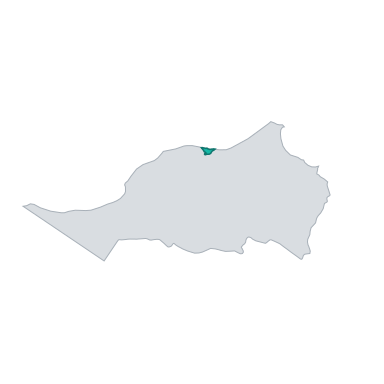 Grand Casablanca on a map of Morocco (Mercator projection), rotated 34°
{"feature_id": "MAR-1450", "entity_name": "Grand Casablanca", "entity_type": "Region", "adm_level": 1, "iso_a3": "MAR", "parent_name": "Morocco", "parent_adm1": "", "projection": "mercator", "projection_center": [-7.577, 33.547], "detail": "fine", "context": "in_parent", "style": "filled", "palette": "teal", "viewbox_px": 384, "rotation_deg": 34, "n_neighbors": 0, "source": "natural_earth", "source_scale": "10m", "svg_char_len": 3187}
<svg xmlns="http://www.w3.org/2000/svg" viewBox="0 0 384 384"><g transform="rotate(34 192 192)"><path d="M62.6,295.8L64.6,292.2L68.0,290.6L75.1,289.9L85.6,286.9L95.1,282.4L97.8,280.6L100.6,277.0L105.4,272.4L114.3,266.8L118.4,263.6L124.6,255.7L128.8,249.2L132.2,245.0L134.6,241.2L136.3,237.4L137.2,231.2L136.6,228.8L133.9,224.9L132.2,223.8L131.7,222.0L132.6,218.7L132.6,213.0L133.2,204.0L136.1,196.6L143.2,187.0L144.6,183.0L145.4,176.6L145.5,174.4L154.4,165.4L159.6,158.4L161.5,156.7L166.1,153.5L182.2,146.6L191.3,141.6L196.7,137.9L199.8,133.6L208.6,116.6L217.3,92.4L218.0,89.6L221.8,88.7L224.6,88.4L226.8,87.5L229.5,85.7L232.1,86.4L230.8,87.7L230.8,90.7L232.7,94.2L235.9,98.1L241.7,103.1L246.3,105.1L252.8,106.3L260.4,104.1L264.6,104.1L266.7,103.1L268.9,104.5L273.2,105.0L277.3,104.2L280.5,102.1L282.5,99.7L282.8,100.9L282.9,102.2L283.5,102.9L284.7,106.0L285.3,107.2L287.7,107.0L289.8,107.6L294.4,107.3L298.9,107.8L299.5,109.8L300.8,111.4L305.4,115.0L308.1,117.2L308.2,118.0L307.3,119.8L307.0,121.1L307.7,122.4L309.4,124.0L309.5,124.8L309.1,125.7L308.2,127.4L310.1,132.5L310.4,137.4L309.9,140.8L309.9,142.8L310.2,144.6L311.7,148.5L310.7,155.0L311.9,158.5L313.5,161.4L314.4,166.5L315.7,168.9L317.8,171.0L319.0,171.7L321.4,173.5L323.1,174.9L324.1,177.1L322.0,178.9L320.3,180.5L319.8,182.2L320.6,185.0L320.6,186.4L319.5,186.9L315.1,186.7L311.6,186.6L307.7,186.5L302.1,186.2L298.6,186.1L293.9,185.8L292.3,186.0L287.9,186.7L284.8,187.3L284.3,187.4L283.4,188.1L282.7,190.1L282.1,192.4L281.5,193.5L272.2,196.8L268.6,197.2L266.6,196.9L265.1,197.2L263.8,197.9L263.4,199.0L263.3,200.3L263.6,201.7L264.5,203.6L264.6,205.6L264.0,206.9L263.9,208.3L263.6,209.8L264.1,210.6L265.0,210.7L265.9,211.4L267.2,212.0L268.2,213.1L268.2,214.8L267.3,215.7L266.5,216.2L263.1,216.7L260.3,217.0L256.8,219.7L253.0,222.5L248.5,224.3L246.5,224.9L243.0,226.2L238.9,228.4L236.8,231.9L234.2,236.0L231.8,238.7L228.4,241.2L225.2,242.2L221.2,243.4L216.2,244.4L212.7,244.7L211.6,244.9L208.5,245.0L207.0,244.8L205.9,244.7L205.4,245.0L205.2,245.6L205.2,247.0L205.0,248.7L204.0,250.1L203.3,250.7L202.5,251.0L199.8,250.6L197.6,250.2L192.4,249.6L191.4,249.7L191.0,249.9L189.4,250.8L186.9,252.9L185.2,254.6L183.9,255.4L180.9,255.9L179.5,256.5L173.9,260.9L172.7,261.9L166.9,265.7L165.2,267.0L163.9,268.2L160.5,271.0L158.2,272.3L157.8,273.0L157.7,274.7L157.7,278.5L157.7,282.1L157.7,287.3L157.7,292.6L157.7,298.3L59.9,298.3L62.6,295.8Z" fill="#d9dde1" stroke="#a8b0b8" stroke-width="1"/><path d="M175.1,150.0L175.5,149.5L176.0,149.3L177.5,148.8L178.4,148.4L178.8,148.3L179.2,148.1L179.5,147.6L179.9,147.3L180.3,147.4L180.6,147.2L180.8,147.3L181.0,147.4L181.3,147.4L181.5,147.3L181.8,147.1L182.5,147.0L182.9,146.8L183.4,146.5L183.6,146.3L184.4,145.4L185.0,145.0L185.6,144.3L186.0,144.1L185.9,144.3L186.3,144.5L186.8,144.4L187.0,144.2L186.9,144.7L186.6,145.1L186.5,145.6L186.0,146.2L185.9,146.7L185.8,147.5L185.8,147.9L185.8,148.4L185.9,148.9L185.9,149.6L185.2,151.0L183.2,152.4L182.5,153.4L182.1,153.7L181.8,153.8L181.3,153.7L181.1,153.3L181.1,152.7L181.9,152.0L181.6,151.7L180.3,151.6L179.6,151.8L178.2,151.0L177.4,150.8L176.8,150.5L175.7,150.4L175.2,150.0L175.1,150.0Z" fill="#14b8a6" stroke="#0f766e" stroke-width="1.5"/></g></svg>